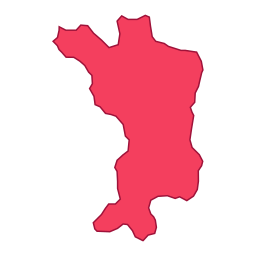 Bengtsfors, Västra Götaland, Sweden (Albers equal-area conic projection)
{"feature_id": "70781695B25080467136500", "entity_name": "Bengtsfors", "entity_type": "district", "adm_level": 2, "iso_a3": "SWE", "parent_name": "Sweden", "parent_adm1": "Västra Götaland", "projection": "albers", "projection_center": [12.194, 59.012], "detail": "fine", "context": "isolated", "style": "filled", "palette": "rose", "viewbox_px": 256, "rotation_deg": 0, "n_neighbors": 0, "source": "geoboundaries", "source_scale": "gbopen_adm2", "svg_char_len": 1342}
<svg xmlns="http://www.w3.org/2000/svg" viewBox="0 0 256 256"><path d="M59.2,26.8L59.1,30.3L57.5,37.5L53.1,41.3L57.4,45.7L59.0,49.5L61.8,52.3L66.1,57.2L73.8,57.3L79.8,61.1L84.8,65.5L88.6,72.1L91.9,75.4L92.4,83.7L89.6,88.6L94.0,96.3L95.1,104.6L100.1,106.8L105.5,113.4L111.1,114.5L116.0,116.2L123.2,124.5L125.4,136.1L129.2,139.9L128.1,151.0L123.1,154.8L117.1,160.3L114.8,167.5L117.1,171.4L117.6,181.3L117.6,188.5L120.3,199.1L115.4,204.0L108.7,204.0L105.4,208.4L101.5,214.5L95.9,220.1L93.3,222.7L94.8,228.9L97.0,231.2L109.8,231.7L117.5,228.4L123.1,224.0L127.5,224.5L132.5,230.7L135.3,236.8L142.9,240.6L143.1,240.6L148.1,235.1L154.7,233.4L156.4,227.3L155.3,220.1L153.6,216.8L150.8,214.0L148.6,207.9L150.8,200.2L158.0,196.3L167.4,195.7L175.2,198.4L179.6,196.8L186.8,200.6L193.4,196.2L193.8,195.6L197.3,189.5L198.4,181.2L198.3,170.7L201.6,165.7L202.7,161.3L199.3,154.7L192.1,147.5L189.9,139.8L191.5,128.8L193.7,115.5L192.0,112.2L190.3,107.3L194.7,102.3L195.2,93.0L198.5,86.4L199.6,81.4L201.7,72.6L202.9,70.0L201.3,61.3L196.6,52.1L196.3,52.1L185.1,50.4L181.0,50.4L168.4,46.4L164.3,43.5L155.7,41.3L152.2,36.7L150.5,26.3L149.3,17.1L145.3,15.4L137.2,19.4L128.0,19.4L121.7,15.9L117.1,21.1L119.9,33.8L118.2,44.7L109.0,47.6L101.5,40.1L93.5,33.2L87.7,25.7L80.8,25.1L76.2,30.2L65.8,30.2L59.2,26.8Z" fill="#f43f5e" stroke="#9f1239" stroke-width="1.5"/></svg>